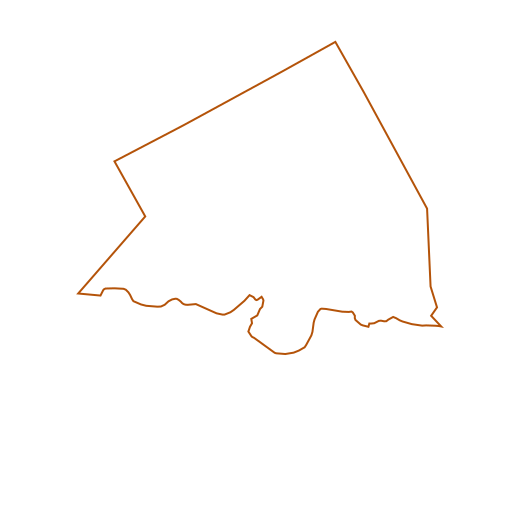 Randolph, Illinois, United States of America (Albers equal-area conic projection), rotated 331°
{"feature_id": "52423323B77874601092989", "entity_name": "Randolph", "entity_type": "district", "adm_level": 2, "iso_a3": "USA", "parent_name": "United States of America", "parent_adm1": "Illinois", "projection": "albers", "projection_center": [-89.91, 38.013], "detail": "fine", "context": "isolated", "style": "outline", "palette": "amber", "viewbox_px": 512, "rotation_deg": 331, "n_neighbors": 0, "source": "geoboundaries", "source_scale": "gbopen_adm2", "svg_char_len": 1449}
<svg xmlns="http://www.w3.org/2000/svg" viewBox="0 0 512 512"><g transform="rotate(331 256 256)"><path d="M429.2,107.2L366.7,107.3L255.8,106.5L178.1,104.6L178.3,167.7L82.3,202.6L100.8,215.2L105.8,211.8L106.9,211.4L108.6,211.5L116.5,215.6L124.3,220.5L125.8,222.4L126.8,225.9L127.0,229.0L126.7,233.7L126.9,236.1L131.9,242.6L135.8,246.3L145.3,252.6L148.4,254.1L152.5,254.4L157.5,253.2L161.6,253.3L164.8,254.3L166.0,255.1L167.1,256.9L168.1,259.4L168.5,261.2L169.3,262.9L170.6,264.3L172.4,265.5L180.1,268.9L193.7,287.0L198.4,291.1L200.1,292.0L206.3,292.8L210.5,292.4L224.1,289.6L231.4,287.1L233.9,290.8L234.3,293.6L234.9,294.7L236.1,295.0L241.1,294.4L241.2,297.4L240.9,298.6L236.9,303.4L233.8,304.3L228.3,308.6L221.4,308.7L219.9,312.9L216.4,315.0L212.7,318.4L213.1,323.8L213.4,324.9L214.6,326.6L225.4,349.7L226.5,350.9L233.6,355.6L234.0,355.9L242.1,358.8L247.7,359.5L254.3,359.4L256.8,358.1L265.9,352.3L268.6,349.7L274.1,342.3L276.4,339.9L283.1,334.8L286.7,333.6L287.9,333.9L291.6,336.3L304.4,346.5L310.0,349.9L312.6,350.9L313.3,352.3L313.5,356.2L312.3,358.2L312.0,360.2L314.4,366.8L315.8,368.5L320.0,372.4L322.4,370.0L323.7,370.8L326.8,372.1L332.0,372.3L333.9,373.1L336.5,375.3L338.4,376.2L340.7,375.8L346.4,375.8L348.4,378.3L350.5,381.9L352.4,384.3L359.2,391.1L367.6,397.5L371.2,399.2L379.0,403.9L382.0,405.9L383.8,407.4L380.2,393.2L389.4,388.7L393.9,367.3L428.6,297.5L429.7,164.8L429.2,107.2Z" fill="none" stroke="#b45309" stroke-width="2"/></g></svg>